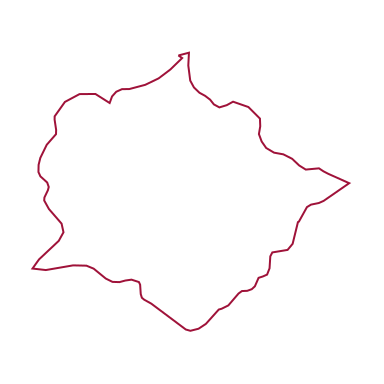 the Province of Cankuzo, rotated 186°
{"feature_id": "BDI-2632", "entity_name": "Cankuzo", "entity_type": "Province", "adm_level": 1, "iso_a3": "BDI", "parent_name": "Burundi", "parent_adm1": "", "projection": "albers", "projection_center": [30.587, -3.141], "detail": "fine", "context": "isolated", "style": "outline", "palette": "rose", "viewbox_px": 384, "rotation_deg": 186, "n_neighbors": 0, "source": "natural_earth", "source_scale": "10m", "svg_char_len": 1374}
<svg xmlns="http://www.w3.org/2000/svg" viewBox="0 0 384 384"><g transform="rotate(186 192 192)"><path d="M150.3,79.0L153.1,77.9L164.4,62.3L171.2,56.7L179.1,53.8L183.8,54.6L220.8,76.7L228.3,79.9L230.8,81.6L232.3,85.1L233.9,94.4L235.4,96.9L243.0,98.5L249.0,97.0L254.7,94.8L261.7,94.3L268.7,96.9L281.8,105.5L289.3,107.7L302.6,106.6L329.2,99.1L342.6,99.2L338.8,106.0L337.0,109.1L319.4,129.5L315.6,138.5L318.4,146.9L332.5,160.1L338.1,168.1L338.2,171.1L335.5,178.7L335.0,182.0L337.0,186.3L344.4,191.7L346.8,195.8L347.4,203.0L346.4,210.1L341.4,223.8L333.3,235.3L333.6,239.5L336.2,249.6L336.5,252.9L327.8,268.3L314.1,277.6L298.3,279.4L283.2,271.9L281.5,278.7L277.8,283.8L272.3,287.0L265.2,287.8L249.7,293.7L237.1,301.5L226.3,311.6L215.8,324.2L219.8,326.4L219.7,326.4L209.6,330.2L208.9,317.4L205.4,302.6L201.0,296.2L195.0,291.5L189.0,289.0L183.6,285.7L179.4,281.4L173.6,279.0L166.5,282.0L160.6,286.1L144.8,282.4L132.1,272.1L131.0,264.5L131.5,256.6L128.0,249.5L122.8,243.5L114.5,239.7L105.1,239.0L95.9,235.5L88.2,229.6L81.2,226.2L68.2,228.8L63.4,226.3L58.3,224.3L36.6,217.2L60.2,196.9L64.7,194.3L72.3,191.9L76.1,189.0L82.6,173.7L83.5,173.1L86.5,151.0L90.9,144.4L105.8,140.3L107.4,136.2L106.9,124.2L108.7,117.7L112.7,115.4L116.8,113.6L119.6,104.8L122.4,101.6L126.7,99.5L132.0,98.7L135.1,95.9L144.0,83.0L150.0,79.2L150.3,79.0Z" fill="none" stroke="#9f1239" stroke-width="2"/></g></svg>